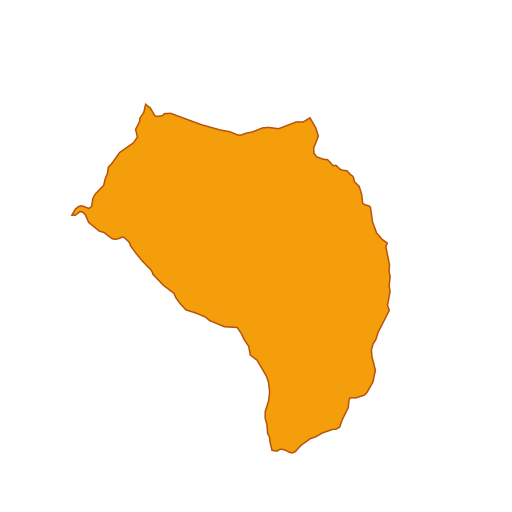 Shongphu, Tashigang, Bhutan, rotated 324°
{"feature_id": "84629894B1548081314680", "entity_name": "Shongphu", "entity_type": "district", "adm_level": 2, "iso_a3": "BTN", "parent_name": "Bhutan", "parent_adm1": "Tashigang", "projection": "robinson", "projection_center": [91.663, 27.301], "detail": "medium", "context": "isolated", "style": "filled", "palette": "amber", "viewbox_px": 512, "rotation_deg": 324, "n_neighbors": 0, "source": "geoboundaries", "source_scale": "gbopen_adm2", "svg_char_len": 1955}
<svg xmlns="http://www.w3.org/2000/svg" viewBox="0 0 512 512"><g transform="rotate(324 256 256)"><path d="M131.0,114.7L133.5,116.8L139.5,116.7L141.4,118.2L142.2,122.1L140.4,130.5L143.8,143.7L146.8,147.6L149.8,157.5L151.9,159.8L156.1,161.6L158.8,161.9L160.3,163.7L161.3,169.1L161.3,171.8L160.5,173.5L160.5,183.6L161.1,193.4L162.8,205.4L162.5,208.8L161.8,210.0L163.9,225.6L167.7,237.9L166.6,242.7L166.7,250.7L167.6,258.4L173.1,265.8L179.2,275.5L180.5,280.9L188.8,294.6L198.8,302.8L198.5,310.7L197.3,316.5L197.0,324.8L193.2,332.7L195.6,341.0L193.8,359.4L191.9,365.5L187.1,374.0L181.3,380.4L172.1,387.2L168.2,392.4L165.6,399.1L161.1,406.3L160.6,410.3L158.2,414.3L154.7,422.6L158.4,426.3L161.5,426.3L163.5,427.7L165.5,430.2L167.9,434.9L169.9,436.8L173.1,437.3L181.1,435.6L192.6,435.7L198.1,437.4L205.6,438.1L215.9,441.3L219.2,443.2L223.1,443.6L229.8,439.0L241.5,432.9L246.1,427.7L248.6,426.0L253.6,429.6L262.1,432.3L265.6,431.6L276.6,426.6L285.4,418.7L290.8,405.2L294.1,399.9L298.8,396.1L303.8,394.1L309.6,389.7L331.9,378.3L333.4,373.2L343.5,363.6L346.2,358.4L352.5,351.4L354.5,346.8L358.7,341.8L366.4,325.0L369.8,322.7L367.8,316.7L367.1,308.3L370.3,297.0L377.1,284.1L377.1,282.2L374.1,278.4L373.3,276.0L377.7,268.3L380.4,260.4L379.3,253.8L381.0,249.8L381.0,247.6L380.2,245.4L379.7,240.5L376.2,237.3L374.9,234.9L374.0,229.7L371.5,228.2L370.5,220.1L367.6,217.6L363.4,211.5L363.3,207.0L366.1,202.6L376.9,195.7L379.6,187.8L380.9,175.9L373.0,175.3L367.4,171.2L349.1,166.3L341.8,159.4L336.8,156.3L325.7,153.4L319.7,150.6L315.4,149.6L312.6,147.6L307.7,139.9L301.3,133.2L289.0,117.7L270.8,90.4L265.6,87.0L262.4,87.4L257.0,84.2L256.6,83.0L257.5,74.2L255.9,68.4L249.7,73.8L242.6,76.5L241.0,78.7L233.0,82.8L229.9,90.1L223.4,92.4L206.6,92.1L193.2,96.6L188.8,97.3L184.3,101.9L179.4,104.9L174.3,109.3L162.4,111.4L157.8,113.6L152.1,119.3L148.8,119.3L145.1,113.7L143.7,112.4L141.4,111.7L137.8,111.8L131.0,114.7Z" fill="#f59e0b" stroke="#b45309" stroke-width="1.5"/></g></svg>